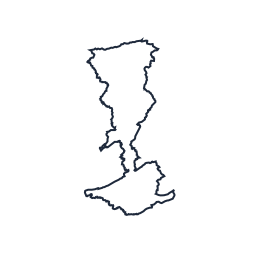 Neiva, Huila, Colombia, rotated 224°
{"feature_id": "7082276B10918286355", "entity_name": "Neiva", "entity_type": "district", "adm_level": 2, "iso_a3": "COL", "parent_name": "Colombia", "parent_adm1": "Huila", "projection": "natural_earth1", "projection_center": [-75.303, 3.004], "detail": "fine", "context": "isolated", "style": "outline", "palette": "slate", "viewbox_px": 256, "rotation_deg": 224, "n_neighbors": 0, "source": "geoboundaries", "source_scale": "gbopen_adm2", "svg_char_len": 5873}
<svg xmlns="http://www.w3.org/2000/svg" viewBox="0 0 256 256"><g transform="rotate(224 128 128)"><path d="M134.1,93.8L131.7,93.0L131.8,95.8L131.4,97.6L131.9,99.2L130.8,98.6L130.2,99.0L130.3,99.7L129.2,100.0L128.0,108.7L125.9,110.7L125.9,111.7L125.2,112.9L124.8,113.0L124.1,111.9L122.8,112.3L122.2,111.5L122.1,112.4L121.0,111.9L120.6,110.1L120.3,109.6L118.4,109.2L117.1,109.6L114.7,109.1L114.8,108.6L114.0,107.6L114.2,103.8L113.8,103.7L113.3,104.5L112.9,104.3L113.3,101.8L111.9,102.2L111.4,101.5L110.6,101.9L110.6,102.5L110.3,102.4L110.3,102.8L109.3,103.3L108.3,102.2L108.6,99.8L107.1,97.6L105.9,98.4L104.9,98.0L104.4,97.3L102.8,97.3L102.3,96.3L100.7,95.7L100.5,96.8L98.8,97.0L98.5,98.0L97.9,97.6L97.7,96.9L99.0,93.9L99.2,92.4L98.6,91.7L96.9,90.9L97.8,89.2L97.6,87.5L98.4,86.2L98.7,84.4L100.3,80.2L102.4,72.6L103.2,71.3L103.9,69.1L104.8,68.0L105.0,67.0L106.9,63.7L107.3,64.2L107.7,64.1L109.2,61.0L111.1,58.5L113.8,55.9L115.0,53.5L115.1,52.9L114.1,51.6L110.6,50.1L109.8,50.8L109.9,51.6L108.8,53.0L108.9,54.3L108.3,55.1L107.4,54.7L106.8,52.4L105.1,52.7L104.4,53.8L103.1,54.6L103.2,55.9L101.8,56.5L102.2,57.2L100.3,57.6L100.1,58.7L99.1,58.7L98.6,59.5L97.3,59.9L96.1,59.0L95.4,59.2L94.1,60.4L92.6,60.0L92.5,60.7L91.7,61.0L91.7,61.4L91.0,61.3L90.5,61.7L90.2,61.1L89.2,60.8L89.2,60.1L88.0,59.6L87.1,59.9L86.7,60.7L86.3,60.6L85.1,62.1L84.5,61.8L83.3,59.7L82.5,59.6L81.2,60.4L80.4,61.8L80.6,62.3L80.3,63.3L79.8,63.3L79.9,64.2L79.3,65.2L77.2,65.3L77.0,65.0L76.4,64.9L76.3,65.3L75.2,65.6L74.6,65.3L74.4,65.6L74.1,65.4L73.8,64.7L73.8,65.3L73.4,65.4L73.2,64.8L71.7,64.8L71.4,65.4L70.4,64.4L69.9,64.6L69.7,64.1L68.7,64.5L67.8,65.8L67.8,66.5L66.7,67.0L65.9,68.2L64.4,69.2L64.1,69.9L63.6,69.9L63.1,71.1L62.4,71.5L62.2,72.2L61.5,72.2L60.9,73.0L61.0,73.6L60.1,75.2L59.0,78.9L58.9,81.4L58.4,83.2L57.0,85.8L55.6,87.3L56.0,88.2L57.6,88.8L56.2,90.9L55.9,93.7L56.1,94.6L54.7,96.3L52.7,96.7L51.6,97.4L50.5,101.0L49.4,103.1L48.6,104.0L46.7,108.2L47.7,111.7L48.5,112.5L50.8,113.1L51.5,114.0L52.0,115.6L52.0,114.0L53.1,110.0L53.3,108.0L55.4,104.6L57.7,102.2L59.3,101.1L62.1,100.0L62.0,100.5L63.6,102.2L64.1,103.3L63.5,103.9L65.4,105.9L66.5,106.6L66.4,108.0L66.8,109.0L68.4,109.7L70.3,109.9L70.3,111.7L69.0,113.6L69.6,115.0L68.4,118.6L70.1,118.8L70.9,118.3L72.8,118.3L75.3,119.5L76.2,118.9L77.7,119.0L78.5,119.3L78.7,120.1L78.1,121.6L78.6,121.8L81.6,121.2L83.0,122.5L84.0,122.5L84.8,123.2L86.0,121.1L87.1,120.7L87.0,120.2L87.4,119.9L87.3,118.9L87.8,118.0L88.9,117.7L90.6,115.6L91.0,114.6L90.8,113.6L91.4,110.9L91.2,109.5L91.6,108.8L92.8,102.6L93.2,102.1L94.0,102.1L94.4,104.4L96.7,105.2L97.7,106.3L97.7,106.6L99.3,107.5L100.4,108.8L100.4,110.2L100.0,111.4L100.4,111.5L99.8,112.1L100.4,112.9L99.2,114.6L101.7,114.3L102.8,115.0L103.2,114.8L103.6,115.5L105.6,117.1L106.5,116.5L107.1,116.7L107.4,117.3L107.9,117.0L109.5,117.4L109.6,117.9L110.1,117.7L110.5,116.8L110.4,115.9L110.8,115.8L111.1,116.5L111.5,116.5L111.6,117.0L112.7,117.2L113.1,117.7L114.7,117.5L115.4,119.9L116.2,120.5L115.4,124.4L115.8,125.6L117.0,127.1L120.1,137.4L120.8,137.9L120.9,137.7L122.4,138.1L122.5,137.6L123.1,137.0L123.9,137.0L123.9,139.6L122.4,141.9L121.8,145.9L123.0,147.2L122.6,148.2L123.0,148.8L123.0,149.9L124.7,150.8L124.7,153.7L125.1,154.4L125.5,154.2L125.9,154.6L125.8,155.3L125.1,155.8L124.8,156.6L125.7,157.2L125.5,159.3L126.4,160.7L126.3,165.6L127.1,166.5L128.5,166.6L128.9,167.1L129.7,166.9L131.1,167.2L131.9,167.9L132.5,167.8L133.1,168.4L134.9,168.4L135.7,168.9L137.0,168.4L137.6,168.8L138.7,168.7L139.6,167.7L142.9,167.8L143.1,167.3L143.6,167.8L144.1,167.7L146.1,170.7L146.0,172.2L147.6,174.8L147.7,175.8L149.5,176.9L149.7,177.7L150.3,177.5L151.1,178.2L152.5,178.5L152.7,180.2L153.9,180.9L156.2,181.3L157.3,182.0L157.7,183.1L157.5,184.5L156.6,185.3L155.2,185.7L154.9,188.2L156.5,189.2L156.5,190.2L157.7,191.1L158.1,192.5L155.9,194.3L157.2,195.9L158.8,196.7L159.1,196.5L159.0,195.9L159.7,195.7L160.5,196.2L162.4,196.6L163.6,198.6L163.0,200.2L162.7,202.3L161.2,203.9L161.0,205.0L161.2,205.9L162.4,205.2L166.8,204.2L168.6,205.5L170.2,203.6L172.9,202.0L174.0,202.8L174.5,204.0L175.0,204.0L175.9,203.2L178.1,199.8L178.7,199.6L179.2,200.7L179.3,199.9L182.2,196.2L182.8,194.5L184.5,192.9L185.0,191.7L185.9,191.0L186.2,189.3L187.4,187.9L189.7,186.5L189.9,184.7L191.0,183.6L190.7,182.0L191.2,180.5L192.6,177.9L193.2,177.8L193.8,177.1L194.7,175.0L195.9,174.1L196.9,171.8L198.0,170.5L198.7,168.5L199.7,167.7L202.0,167.2L202.9,165.1L204.7,164.3L205.0,162.9L206.7,162.5L207.0,160.8L209.3,157.7L207.9,158.1L205.6,156.9L204.4,157.6L203.0,157.3L201.9,154.5L202.8,153.5L203.4,151.9L203.1,151.0L202.7,150.8L203.3,148.5L203.1,147.3L202.2,147.4L201.7,148.3L201.0,148.0L200.6,148.7L197.9,147.3L196.7,147.9L195.5,146.8L193.7,147.4L192.9,146.7L192.1,147.0L190.6,146.5L190.0,145.6L189.6,145.7L189.0,145.1L187.8,145.6L187.5,145.1L187.0,145.2L186.7,144.0L185.4,142.6L184.7,143.2L184.1,143.3L184.0,144.4L183.7,144.6L181.6,143.9L181.2,142.8L180.3,142.2L178.4,143.4L178.2,143.2L176.3,145.2L175.8,145.1L175.2,145.5L175.0,145.1L174.0,145.6L173.1,145.1L172.8,145.5L172.3,145.3L171.9,145.0L171.9,144.1L171.5,143.9L170.8,141.3L169.3,139.7L169.9,139.1L169.8,138.1L169.3,136.9L169.3,135.0L168.6,133.1L169.2,131.6L168.5,131.2L168.3,129.6L167.6,129.7L167.1,129.0L166.3,129.3L165.3,128.5L165.0,128.8L164.5,128.4L164.0,129.0L163.8,128.4L163.0,129.0L162.5,128.3L162.2,129.0L159.8,128.6L158.7,129.1L158.4,128.6L157.1,129.2L156.6,130.4L155.1,129.9L153.5,131.0L152.3,130.4L151.0,128.6L149.7,128.3L149.2,126.8L146.8,125.7L146.3,124.7L146.0,122.5L145.6,122.6L144.1,121.1L143.5,120.9L143.2,120.2L142.6,120.6L142.1,119.3L141.5,119.3L141.2,118.6L138.4,118.5L137.9,118.8L137.7,119.5L136.5,117.7L135.9,117.9L135.9,117.5L138.9,114.6L139.2,112.3L140.3,110.8L139.6,110.6L139.3,108.6L138.4,108.0L136.1,107.8L135.2,106.0L133.4,104.1L133.0,101.4L133.0,100.9L133.6,100.3L133.8,97.3L133.2,96.0L134.5,94.3L134.1,93.8Z" fill="none" stroke="#1e293b" stroke-width="2"/></g></svg>